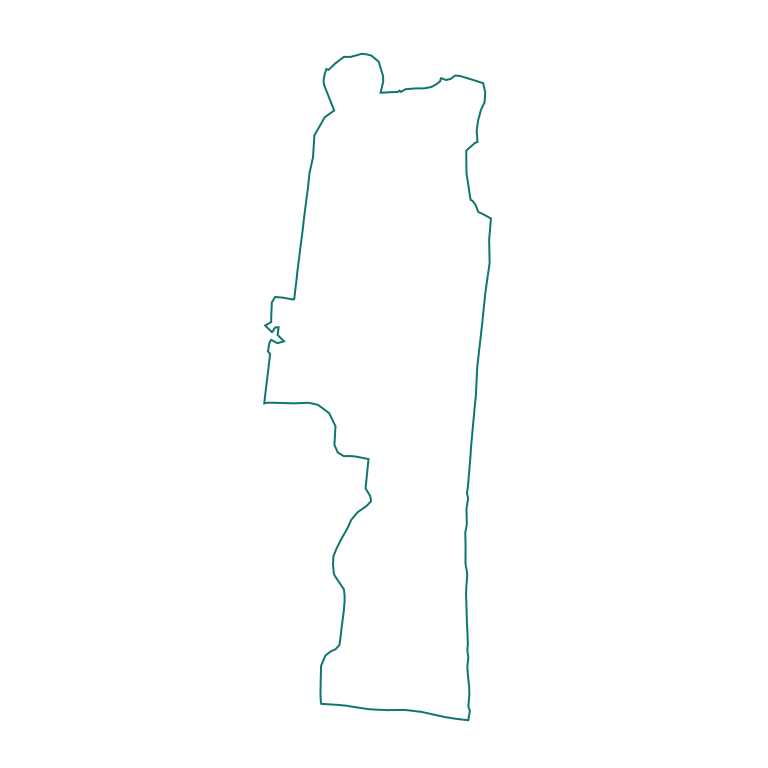 Badagry, Lagos, Nigeria, rotated 277°
{"feature_id": "59680162B33139344805421", "entity_name": "Badagry", "entity_type": "district", "adm_level": 2, "iso_a3": "NGA", "parent_name": "Nigeria", "parent_adm1": "Lagos", "projection": "robinson", "projection_center": [2.918, 6.446], "detail": "fine", "context": "isolated", "style": "outline", "palette": "teal", "viewbox_px": 768, "rotation_deg": 277, "n_neighbors": 0, "source": "geoboundaries", "source_scale": "gbopen_adm2", "svg_char_len": 2639}
<svg xmlns="http://www.w3.org/2000/svg" viewBox="0 0 768 768"><g transform="rotate(277 384 384)"><path d="M360.3,267.4L350.2,267.5L351.3,271.1L352.0,277.7L353.9,297.6L356.2,311.6L355.3,320.9L348.3,333.2L336.1,341.0L317.6,342.2L310.4,346.4L307.5,352.9L308.3,358.5L308.6,363.8L307.6,377.8L278.3,378.4L277.9,378.6L271.2,383.9L266.5,385.4L265.8,385.2L261.2,381.9L253.7,373.6L245.3,368.1L237.2,365.6L225.8,360.9L223.1,359.9L215.2,357.0L206.9,354.8L198.2,355.4L190.5,357.2L189.2,357.5L188.3,358.1L187.2,358.9L175.3,369.2L169.7,370.6L164.3,371.3L153.2,371.8L138.6,371.6L128.7,371.7L119.6,371.6L114.7,368.1L112.1,363.7L110.5,362.1L107.3,358.9L96.6,355.9L82.9,357.2L68.0,358.8L61.6,359.9L58.9,360.7L59.8,376.1L60.1,385.2L59.8,393.1L59.5,403.2L59.4,408.9L60.0,418.3L60.3,421.1L60.5,425.6L63.0,443.9L63.1,450.5L63.1,461.3L60.9,484.3L60.5,493.6L60.5,508.6L70.0,509.1L74.4,507.0L85.9,506.6L93.9,505.4L103.3,503.2L113.8,501.1L123.0,501.0L129.5,499.2L136.4,498.9L146.8,497.2L156.6,495.5L185.9,491.0L193.2,490.4L203.8,490.0L207.8,489.2L215.4,486.8L232.3,484.8L246.5,482.8L255.1,483.3L264.0,482.0L269.4,481.1L281.0,481.4L285.4,479.7L292.5,479.8L318.9,478.8L334.0,478.0L341.7,477.8L346.7,477.6L360.0,477.2L373.8,476.8L383.8,476.6L393.0,475.9L412.1,474.5L421.6,474.4L457.2,474.1L469.5,473.8L486.6,473.5L504.8,473.8L516.7,474.1L528.1,472.5L539.7,470.8L561.3,470.0L564.7,461.4L566.2,456.6L572.8,453.1L576.5,449.7L577.3,447.5L603.2,440.2L624.7,437.3L625.9,437.4L634.3,444.8L635.6,447.3L646.7,445.1L657.1,445.3L667.8,446.8L676.0,449.5L686.0,448.9L694.7,445.7L696.6,435.6L699.0,421.8L698.8,416.9L694.9,413.0L693.3,408.3L694.5,403.4L693.1,403.0L691.3,402.9L688.0,399.5L684.6,394.9L682.4,388.1L681.9,384.5L681.4,380.4L679.3,369.7L676.0,365.0L677.1,363.7L675.5,362.1L674.7,356.6L672.7,345.1L684.0,346.4L689.6,345.5L703.2,339.5L708.4,331.5L709.1,326.5L709.0,321.7L704.7,311.3L703.8,304.3L696.4,296.7L689.0,290.6L689.6,288.4L683.6,287.3L680.2,287.1L678.8,287.0L676.7,287.3L675.0,287.6L672.3,288.7L668.5,290.8L661.0,294.9L653.6,298.9L649.4,301.2L641.6,292.7L622.2,284.6L600.5,285.9L584.6,284.4L583.0,284.4L578.1,284.5L575.5,284.5L572.3,284.6L560.4,284.5L542.2,284.4L526.9,284.5L516.3,284.4L511.1,284.4L501.4,284.4L487.7,284.3L473.0,284.5L457.3,284.5L456.8,283.1L457.4,273.0L457.1,265.3L451.4,262.7L447.2,263.1L440.2,263.6L431.6,264.4L430.0,262.2L427.6,258.9L425.4,261.7L421.8,266.5L423.7,267.8L425.2,268.0L426.9,269.3L427.5,272.5L425.7,272.5L419.6,272.5L417.4,275.4L414.2,279.5L411.5,273.2L414.1,266.7L412.6,265.9L410.7,265.3L408.6,265.1L402.2,264.8L400.0,267.3L395.0,267.3L387.7,267.4L369.1,267.4L360.3,267.4Z" fill="none" stroke="#0f766e" stroke-width="2"/></g></svg>